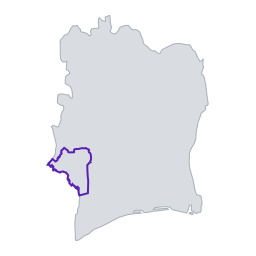 location of Cavally within Ivory Coast
{"feature_id": "CIV-3459", "entity_name": "Cavally", "entity_type": "Department", "adm_level": 1, "iso_a3": "CIV", "parent_name": "Ivory Coast", "parent_adm1": "", "projection": "equal_earth", "projection_center": [-7.856, 6.298], "detail": "fine", "context": "in_parent", "style": "outline", "palette": "violet", "viewbox_px": 256, "rotation_deg": 0, "n_neighbors": 0, "source": "natural_earth", "source_scale": "10m", "svg_char_len": 6273}
<svg xmlns="http://www.w3.org/2000/svg" viewBox="0 0 256 256"><path d="M64.3,35.1L65.1,35.1L67.1,34.3L68.9,32.5L70.6,28.8L72.9,25.8L75.5,26.0L76.3,25.5L77.2,25.4L78.3,27.3L79.4,28.8L80.2,28.9L80.7,31.7L85.5,32.9L87.5,33.7L89.2,35.8L89.8,35.8L90.5,35.4L91.1,34.7L91.2,33.9L90.5,32.0L90.8,30.3L91.5,28.8L92.7,28.7L94.6,28.3L96.7,28.3L98.3,28.5L98.9,27.0L98.3,22.8L98.4,20.5L98.7,18.5L99.3,17.7L101.6,20.2L103.8,21.1L105.3,21.2L105.7,20.7L105.1,18.0L105.2,17.2L105.8,16.7L106.8,16.5L109.5,15.4L109.8,15.6L110.3,19.8L110.1,21.2L110.7,24.1L111.4,26.8L111.4,27.8L110.8,29.5L110.1,31.0L110.2,31.6L111.3,32.7L113.3,33.7L115.5,34.0L116.7,32.4L118.0,31.2L118.8,30.0L119.1,28.4L120.5,27.1L124.4,25.6L128.0,25.4L128.9,25.9L130.5,28.2L132.6,29.8L135.7,29.6L138.0,30.6L140.0,32.3L141.3,36.3L142.7,39.2L143.4,43.3L145.7,45.5L147.5,46.5L149.9,49.4L152.4,51.0L155.0,50.6L156.2,52.2L158.2,53.3L160.1,53.3L161.8,49.9L164.1,48.6L169.7,45.8L172.0,44.6L174.3,43.8L179.7,43.5L184.8,44.4L187.4,45.0L189.1,44.5L190.8,46.2L192.5,49.6L193.9,50.7L195.3,51.9L196.4,54.6L197.6,57.3L198.3,58.5L199.8,61.1L201.2,61.1L202.4,60.0L203.0,59.1L203.3,60.9L202.8,63.7L202.9,65.5L203.6,66.2L203.2,68.4L201.7,72.3L201.7,74.5L203.2,75.2L204.3,77.7L205.0,81.8L205.6,83.2L205.7,84.0L206.8,94.0L208.2,104.1L207.4,105.4L206.2,105.8L205.4,106.2L205.2,107.2L205.7,108.5L205.4,109.8L204.0,110.7L200.8,113.8L200.6,115.1L199.8,117.8L199.1,119.5L198.0,122.6L196.4,130.7L195.8,137.5L195.8,139.6L195.1,141.0L194.4,143.1L191.0,148.9L189.2,153.6L189.5,155.7L189.6,157.7L189.1,159.2L189.2,163.2L189.6,166.6L190.2,169.9L192.8,179.2L194.1,184.8L194.9,189.4L195.6,192.4L196.3,193.7L196.6,194.8L200.3,195.7L201.0,196.4L202.0,202.3L201.9,205.0L201.1,206.0L201.2,208.3L201.0,211.1L200.5,212.2L198.4,212.4L197.0,213.4L195.1,213.0L194.9,212.3L193.9,212.0L191.2,210.4L191.6,205.3L190.3,205.1L189.4,205.7L187.4,211.9L186.5,213.0L172.7,209.8L169.7,207.2L166.1,206.7L159.9,207.0L154.8,207.7L153.3,209.3L166.3,208.4L167.7,208.5L168.3,209.5L151.9,211.5L145.6,212.7L143.8,212.4L142.4,210.4L135.6,210.2L134.2,210.8L133.3,212.3L136.0,212.0L140.2,211.9L141.4,213.0L128.1,214.5L119.0,217.3L115.1,219.3L102.3,226.1L94.4,229.3L92.4,230.5L88.8,233.8L84.3,235.9L79.2,239.8L76.0,240.6L75.3,239.4L75.2,232.8L74.8,224.0L75.0,220.6L75.4,217.4L75.4,214.8L77.0,213.8L77.4,212.7L77.6,209.3L79.1,206.1L79.1,200.7L79.5,199.6L79.8,198.1L79.2,194.6L78.4,187.8L78.0,187.4L77.7,187.7L76.8,187.8L73.6,185.5L71.1,185.1L69.4,183.1L69.3,180.8L68.4,179.5L67.9,176.9L67.0,173.9L64.5,172.1L62.2,171.6L60.6,172.0L58.7,171.9L56.5,170.9L55.0,169.8L53.6,167.6L52.2,165.8L51.2,166.0L49.9,165.6L48.6,164.8L48.2,164.2L53.5,157.2L55.3,153.8L55.5,151.7L55.5,149.6L56.1,147.5L56.3,144.2L53.3,132.2L52.6,128.5L51.8,127.5L51.3,127.0L52.8,125.5L54.8,125.9L58.0,127.1L58.7,125.9L61.0,119.9L61.0,117.7L60.7,116.1L62.1,112.0L63.2,110.4L63.8,108.7L63.6,106.3L62.8,105.4L61.7,105.6L60.4,105.0L58.4,103.7L57.3,102.5L57.7,97.0L57.8,95.3L58.6,94.4L59.7,94.1L62.8,93.9L65.3,94.6L67.5,94.9L68.7,94.9L69.6,96.5L70.9,98.2L72.0,98.2L72.4,96.9L72.2,91.6L71.4,88.7L69.7,86.0L65.3,83.6L65.2,80.4L65.7,76.8L66.6,75.5L69.9,73.3L69.3,72.1L68.3,70.8L66.2,69.5L66.7,65.2L66.8,61.5L65.0,61.9L63.3,62.1L61.7,60.9L60.5,58.6L60.2,52.3L60.3,45.0L60.0,41.8L60.5,40.1L62.0,38.5L63.7,36.4L64.3,35.1ZM193.3,213.1L192.6,214.5L189.1,213.6L190.0,212.4L193.3,213.1Z" fill="#d9dde1" stroke="#a8b0b8" stroke-width="1"/><path d="M49.7,162.4L50.0,161.8L51.9,159.8L52.4,159.0L52.6,159.1L55.2,161.3L55.4,161.4L55.6,161.5L55.9,161.2L56.1,161.0L56.5,160.9L57.3,160.2L57.5,160.0L57.5,159.8L57.5,159.7L57.5,159.3L57.5,159.0L57.5,158.8L57.5,158.6L57.8,158.5L58.0,158.5L58.3,158.4L58.4,158.1L58.3,157.6L58.2,157.4L58.3,157.2L58.8,156.8L59.0,156.8L59.1,157.0L59.2,157.3L59.4,157.2L59.5,157.1L59.7,156.8L59.8,156.4L59.9,155.7L60.0,155.4L60.0,155.2L60.3,154.9L60.5,154.6L60.9,154.3L61.2,154.0L61.4,153.9L61.5,153.8L61.6,153.7L61.4,152.6L61.2,152.5L61.1,152.3L61.1,152.1L61.2,151.9L61.4,151.3L61.5,150.9L61.4,150.6L61.6,150.4L61.8,150.3L61.9,150.0L62.0,149.9L62.4,149.7L62.7,149.5L63.7,148.2L64.3,147.9L65.0,148.3L65.3,148.6L65.9,149.3L66.1,149.5L66.3,149.6L66.7,149.7L67.3,149.9L67.5,150.1L67.8,150.6L68.1,151.7L68.2,151.9L68.4,152.2L68.8,152.3L69.2,152.4L73.6,152.3L74.0,152.2L74.1,150.4L74.1,150.1L74.5,149.3L76.2,149.0L78.9,148.9L79.2,148.9L79.9,148.6L82.4,148.1L82.8,148.1L83.8,148.4L85.8,148.1L86.1,148.1L86.9,148.8L87.3,149.0L88.5,149.3L89.1,150.1L89.0,150.4L88.9,150.6L88.8,150.8L88.7,151.2L88.7,151.5L88.8,151.8L88.9,152.1L89.0,152.3L89.2,152.5L89.7,152.8L89.9,152.9L90.1,153.2L90.4,153.7L90.6,154.1L90.7,154.5L91.1,157.5L91.1,157.9L91.0,158.1L91.0,158.3L90.9,158.7L91.0,159.8L90.2,161.4L90.1,162.1L90.4,162.4L90.2,162.5L89.5,162.7L89.4,162.8L89.0,163.1L88.9,163.2L88.6,163.8L88.5,164.0L88.4,164.1L88.2,164.2L87.9,164.3L87.7,164.5L87.4,164.8L87.3,165.9L87.4,170.6L87.8,177.6L88.1,179.1L88.2,182.2L87.9,193.2L79.8,195.3L79.4,195.4L79.0,194.5L78.5,191.7L78.6,190.4L78.7,188.9L78.6,187.7L77.8,187.2L77.7,188.2L77.6,188.8L77.3,189.1L77.1,188.9L77.0,188.4L76.8,187.9L76.4,187.8L76.5,187.2L76.3,187.3L76.0,187.7L75.6,187.9L75.5,187.7L75.1,187.1L74.9,186.9L75.1,186.6L75.0,186.3L74.4,186.0L73.8,185.6L73.8,185.4L73.3,185.3L72.9,184.9L72.6,184.5L72.5,184.3L72.2,184.8L71.9,185.5L71.5,185.7L71.0,184.8L70.7,184.4L69.7,183.7L69.3,183.1L69.3,182.9L69.3,181.8L69.4,181.7L69.6,181.5L69.7,181.3L69.6,181.1L69.3,180.9L69.2,180.8L69.2,180.0L69.1,179.7L68.8,179.4L68.6,179.3L68.2,179.5L68.0,179.8L67.7,179.3L67.6,178.6L67.7,177.8L67.8,177.1L68.2,175.7L68.1,175.2L67.7,174.5L66.5,173.3L66.4,173.1L66.3,172.7L66.1,172.5L65.9,172.6L64.1,172.0L63.6,171.7L63.2,171.5L62.5,171.5L61.3,171.8L60.9,171.9L60.4,172.4L60.0,172.5L59.6,172.5L59.3,172.4L59.2,172.2L58.9,172.0L58.6,171.8L56.5,171.2L56.3,171.1L56.3,170.7L56.2,170.4L56.1,170.1L55.9,170.0L55.7,170.3L55.3,170.0L55.0,169.6L54.8,169.4L54.4,169.8L54.2,169.6L53.8,169.6L53.5,169.8L53.2,170.2L52.9,169.7L53.0,169.5L53.2,169.3L53.4,169.0L53.3,168.7L53.1,168.1L53.0,167.8L53.2,167.2L53.4,167.0L53.4,166.8L53.1,166.2L52.2,165.6L51.9,165.1L51.6,165.3L51.5,165.9L51.3,166.6L51.0,166.9L50.5,166.7L49.7,165.3L49.4,165.0L49.1,164.8L48.5,164.9L48.2,164.8L47.8,164.8L48.4,163.7L48.6,163.6L48.9,163.5L49.0,163.4L49.2,162.8L49.1,162.7L49.6,162.4L49.7,162.4Z" fill="none" stroke="#5b21b6" stroke-width="2"/></svg>